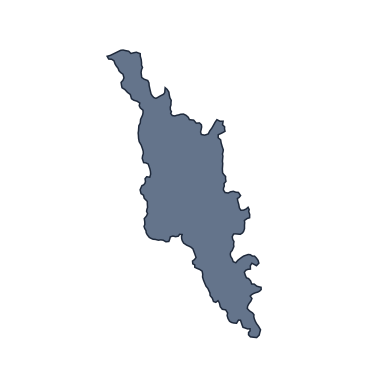 Vargem Alta, Espírito Santo, Brazil, rotated 154°
{"feature_id": "56859067B87559017000874", "entity_name": "Vargem Alta", "entity_type": "district", "adm_level": 2, "iso_a3": "BRA", "parent_name": "Brazil", "parent_adm1": "Espírito Santo", "projection": "natural_earth1", "projection_center": [-41.009, -20.648], "detail": "fine", "context": "isolated", "style": "filled", "palette": "slate", "viewbox_px": 384, "rotation_deg": 154, "n_neighbors": 0, "source": "geoboundaries", "source_scale": "gbopen_adm2", "svg_char_len": 4358}
<svg xmlns="http://www.w3.org/2000/svg" viewBox="0 0 384 384"><g transform="rotate(154 192 192)"><path d="M203.8,38.9L203.0,36.2L200.4,34.5L197.7,32.8L194.4,33.9L192.4,36.3L190.8,38.1L191.1,42.2L191.7,45.4L191.8,48.0L191.6,50.7L191.1,52.9L190.1,54.6L190.6,56.8L192.4,59.9L193.4,63.0L192.0,65.1L189.8,66.7L187.0,68.1L184.8,70.0L185.3,73.0L183.4,73.6L181.1,73.8L178.9,73.6L176.8,73.2L174.6,73.3L172.6,74.0L171.7,76.1L173.2,77.3L175.1,79.0L176.4,81.9L178.7,83.2L178.3,86.4L179.1,89.4L180.7,91.0L180.6,93.8L180.1,97.0L177.9,98.1L175.7,98.0L173.3,97.1L171.9,100.2L169.4,101.7L167.9,99.7L166.4,97.5L163.1,98.7L162.6,101.6L163.1,104.5L163.9,106.9L165.8,107.9L167.1,110.1L168.9,111.2L171.2,111.5L173.7,111.8L175.9,111.5L178.0,111.1L180.8,110.5L183.6,109.2L185.5,111.3L185.2,114.3L185.5,117.2L184.8,119.5L183.4,121.1L181.6,121.8L180.0,123.2L178.3,124.6L177.5,126.9L176.0,129.1L176.2,131.5L175.5,134.1L173.1,136.0L171.2,135.3L169.1,134.0L167.1,132.8L164.6,133.1L162.9,134.0L160.9,136.0L159.3,139.3L158.1,141.3L157.4,143.4L154.0,144.0L151.5,143.6L150.0,146.5L149.6,149.6L148.3,151.2L148.3,153.7L150.7,153.0L153.7,153.1L156.1,154.2L156.4,156.9L155.4,160.5L154.8,164.0L154.0,166.3L152.2,166.4L149.9,167.5L150.5,171.3L152.7,172.6L154.5,174.5L157.4,175.3L159.9,175.2L162.5,177.0L162.9,180.0L161.9,181.8L160.4,183.1L159.5,185.6L156.8,186.7L156.1,189.1L155.0,191.2L155.7,193.5L156.1,195.8L154.6,199.4L153.2,201.8L151.9,204.1L151.2,206.3L149.8,208.6L148.5,210.7L148.0,212.8L146.5,214.5L145.4,216.1L145.0,219.2L144.3,223.3L143.4,226.3L144.7,229.3L143.3,232.0L140.6,231.9L138.8,231.9L135.7,232.1L135.1,234.5L134.1,236.3L135.1,239.0L133.0,242.0L135.8,243.3L137.9,246.1L140.6,244.6L143.4,242.6L146.2,240.7L149.3,239.1L151.9,237.1L154.1,237.3L155.8,237.6L158.4,239.6L158.0,242.2L156.4,244.1L154.8,246.2L154.1,248.3L155.0,250.8L158.0,252.0L159.0,255.9L161.1,257.2L162.6,258.2L162.6,260.8L163.7,263.5L165.5,265.8L168.3,266.9L170.1,267.1L171.9,267.6L174.1,267.9L176.2,269.3L176.7,272.0L175.3,273.2L175.4,275.3L174.3,277.9L172.7,279.5L171.8,281.4L170.5,283.5L170.6,286.3L169.9,289.2L169.0,291.9L169.4,295.1L170.4,297.5L171.7,295.4L172.9,293.3L174.8,292.3L176.8,292.3L179.3,292.2L181.5,292.0L183.4,292.0L184.9,293.6L185.6,295.8L185.8,298.2L185.3,300.4L184.8,302.7L183.9,306.3L182.9,308.9L182.9,311.6L185.6,314.4L187.0,317.0L186.2,319.3L185.4,321.7L183.7,324.1L181.9,325.6L181.8,328.1L180.8,330.0L179.6,333.3L179.0,336.6L177.9,339.1L179.4,340.6L180.7,342.0L182.9,342.6L186.2,343.3L187.2,346.3L189.6,348.1L191.7,349.8L193.9,350.6L200.7,350.6L203.3,350.6L205.7,350.6L208.8,351.2L208.6,348.0L206.0,346.5L204.6,344.1L205.0,340.9L204.8,338.4L204.2,335.5L204.5,333.0L203.8,330.7L202.4,328.1L203.1,324.4L205.2,322.6L207.7,321.6L208.6,318.8L209.2,316.4L207.4,313.5L206.3,309.8L204.7,306.7L205.1,304.5L205.5,302.4L204.1,300.0L201.6,297.7L199.9,294.9L201.6,292.7L201.6,290.1L200.2,287.0L201.3,284.6L202.7,282.8L204.4,281.4L206.4,279.8L208.4,276.5L210.7,274.9L212.1,272.5L213.3,270.4L214.5,268.7L215.4,266.3L216.5,263.7L217.4,260.4L217.1,256.4L217.5,252.9L218.0,250.0L219.0,247.7L220.6,246.1L222.0,244.1L222.3,241.7L222.6,239.6L220.7,238.4L219.1,236.4L219.5,233.0L219.8,230.8L220.3,228.8L221.3,226.2L223.5,223.8L226.0,225.6L228.4,224.5L229.3,221.7L230.7,220.3L232.4,219.6L234.2,219.7L235.6,218.5L237.7,216.7L238.5,212.9L237.0,210.4L237.7,207.3L237.0,205.2L236.3,203.1L237.5,200.6L238.7,197.6L240.0,196.3L241.3,194.6L241.4,192.0L243.6,190.3L246.6,189.0L247.5,186.0L248.6,183.5L250.2,182.1L250.5,179.8L250.3,177.5L251.0,175.5L251.0,173.4L250.3,169.9L249.0,168.1L247.7,166.6L245.8,165.5L243.3,163.4L241.1,162.7L239.0,161.3L237.3,158.7L234.5,157.7L232.8,159.3L231.1,161.2L228.5,160.8L226.3,159.0L223.7,158.3L221.7,159.4L219.5,158.1L220.9,156.6L221.7,154.7L222.1,152.5L221.9,149.7L220.1,146.6L218.5,144.7L217.2,143.0L216.1,140.5L216.6,135.3L217.1,131.3L219.4,130.2L221.8,129.7L222.8,127.1L221.5,125.3L222.5,123.1L221.1,121.3L218.9,118.8L217.6,116.4L218.4,113.4L219.8,111.0L220.3,107.8L220.5,104.8L220.7,101.2L220.0,98.4L220.1,95.9L220.1,93.6L221.1,91.0L220.3,87.6L220.7,84.2L219.0,82.4L216.3,82.9L216.0,80.4L216.9,76.5L216.2,73.3L213.4,71.3L213.0,67.7L214.6,65.5L215.1,62.5L214.9,59.4L213.8,57.6L212.1,56.1L209.5,54.5L206.4,56.5L204.6,55.5L205.0,52.7L205.3,50.3L205.5,48.0L203.9,46.5L202.1,44.6L199.8,43.6L200.7,41.7L202.7,41.0L203.8,38.9Z" fill="#64748b" stroke="#1e293b" stroke-width="1.5"/></g></svg>